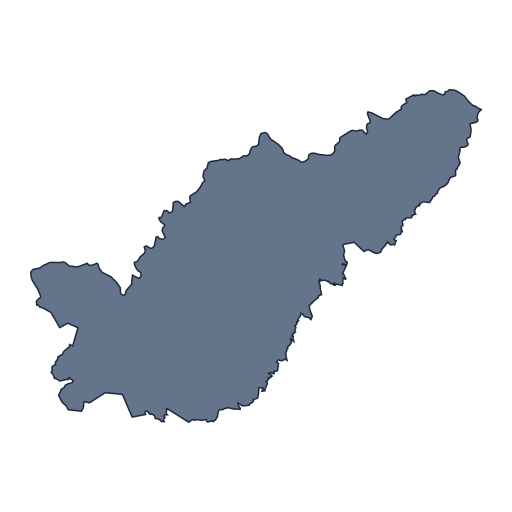 the district of Xicotepec, Puebla, Mexico
{"feature_id": "50627088B85126164894992", "entity_name": "Xicotepec", "entity_type": "district", "adm_level": 2, "iso_a3": "MEX", "parent_name": "Mexico", "parent_adm1": "Puebla", "projection": "orthographic", "projection_center": [-97.909, 20.332], "detail": "fine", "context": "isolated", "style": "filled", "palette": "slate", "viewbox_px": 512, "rotation_deg": 0, "n_neighbors": 0, "source": "geoboundaries", "source_scale": "gbopen_adm2", "svg_char_len": 6040}
<svg xmlns="http://www.w3.org/2000/svg" viewBox="0 0 512 512"><path d="M68.3,409.8L81.4,411.2L83.3,407.9L84.0,401.7L89.5,402.8L105.2,392.7L122.4,394.4L132.2,417.1L145.6,414.5L144.9,412.2L145.5,411.4L146.6,411.2L148.6,412.4L149.0,413.6L150.8,414.3L152.0,414.1L154.4,415.6L155.4,418.6L157.6,418.8L160.1,420.0L161.5,421.7L163.7,421.3L164.8,422.3L163.6,421.0L164.1,418.6L165.1,417.4L163.9,416.1L164.7,414.9L167.3,414.8L166.4,413.9L166.3,411.7L166.7,410.6L166.5,408.8L167.0,408.5L188.8,422.3L191.8,419.9L193.2,419.5L194.0,420.2L197.3,419.7L202.0,420.3L206.1,419.5L206.4,420.9L207.6,422.0L211.6,421.0L213.5,421.6L213.9,420.6L215.2,420.3L217.4,416.8L218.5,411.0L220.1,409.5L222.4,409.8L223.7,408.9L228.0,407.7L235.5,409.3L236.6,408.9L240.2,409.4L240.2,408.1L238.1,405.1L237.8,403.0L242.7,406.0L249.3,405.2L249.8,403.8L252.4,402.5L253.6,400.8L253.1,399.8L257.6,398.1L258.5,393.9L258.9,387.7L263.1,388.0L261.9,391.2L264.2,390.9L263.5,390.3L265.2,390.0L265.2,388.8L267.2,384.0L267.1,381.8L266.2,381.3L268.2,379.6L268.2,378.0L269.4,378.4L269.6,377.6L271.1,377.1L271.0,376.3L272.1,376.0L270.1,373.7L268.6,373.6L268.9,373.0L269.7,373.3L270.9,372.3L273.7,373.9L274.3,372.8L273.9,371.4L276.1,371.2L277.2,370.8L277.7,370.0L278.5,363.5L276.5,362.1L278.1,359.8L280.9,360.7L283.0,360.4L284.8,359.1L287.0,360.4L285.7,354.1L287.0,349.5L287.9,348.5L287.5,346.8L289.6,345.4L291.4,342.2L290.7,339.1L293.8,341.5L292.7,336.9L293.3,336.6L293.0,335.7L292.0,335.7L292.6,335.2L292.7,333.5L294.1,333.4L294.3,332.6L295.5,331.9L294.7,330.6L295.9,327.5L294.8,326.1L296.7,324.2L296.8,321.8L297.6,322.1L298.6,320.4L297.9,319.7L298.0,319.1L300.4,316.1L300.9,313.2L303.1,314.6L304.4,316.6L308.8,317.6L311.0,319.6L312.3,316.2L309.8,309.6L309.3,306.4L310.0,304.9L314.2,300.8L318.3,297.5L318.5,295.8L321.6,294.6L320.2,288.4L320.2,285.4L318.8,281.4L319.8,279.1L320.3,279.3L320.3,280.9L320.9,280.0L322.1,280.6L325.0,280.1L327.6,281.5L328.4,281.3L328.5,282.0L329.4,281.9L330.3,283.6L332.8,284.1L334.2,283.1L334.5,284.1L333.6,284.9L334.2,285.3L335.5,285.2L335.4,283.9L342.2,285.4L343.0,283.1L342.7,280.8L343.1,278.0L345.3,279.3L345.9,278.7L343.3,273.7L342.5,273.7L346.5,265.2L342.1,264.5L342.5,263.7L346.6,264.9L347.2,263.5L347.0,261.7L345.7,261.4L344.7,259.5L343.6,255.3L344.6,250.6L342.7,245.0L344.4,244.2L354.2,242.3L363.9,251.5L368.0,249.6L374.7,253.0L377.3,253.5L380.7,252.2L382.1,249.0L386.0,244.6L386.2,243.6L387.2,243.3L387.8,241.8L390.3,244.9L394.1,244.4L394.6,244.9L396.2,240.5L394.8,240.2L393.9,239.1L394.2,238.5L395.7,237.1L396.3,235.1L400.5,234.3L401.1,231.9L402.2,231.9L402.4,231.2L401.1,229.2L401.6,228.7L401.0,227.1L403.0,225.5L402.1,221.2L404.8,219.3L405.5,219.5L406.2,217.8L411.5,217.8L412.1,215.5L412.7,215.7L413.8,214.6L415.7,214.2L414.6,211.6L415.4,208.4L417.3,206.1L419.4,205.8L420.2,203.9L419.6,203.9L419.9,203.6L423.7,201.7L429.0,202.6L429.9,202.2L433.2,196.6L434.8,196.0L436.0,194.0L437.4,193.2L437.8,191.0L440.1,187.9L444.0,186.4L446.6,184.3L447.6,183.3L450.2,177.6L455.6,175.7L455.6,170.1L457.3,168.7L457.8,166.6L459.2,165.0L460.1,162.8L458.3,157.5L459.9,151.2L459.9,148.4L461.1,147.2L464.0,147.3L467.9,145.3L468.0,143.8L466.6,139.9L467.4,138.3L469.6,137.4L470.3,136.2L471.1,130.2L470.1,123.9L472.5,122.8L473.0,123.2L475.4,122.5L477.6,121.3L477.8,119.7L477.1,118.5L477.5,114.6L479.0,111.7L481.3,109.7L481.0,109.2L479.8,109.1L474.7,105.9L473.4,105.8L469.6,102.7L464.4,96.1L457.9,91.7L454.4,90.1L449.2,89.7L448.1,91.1L445.3,91.8L444.3,94.5L442.6,94.8L439.1,93.7L434.0,90.8L429.8,90.7L425.2,94.6L421.3,94.3L419.5,95.3L416.2,95.1L415.9,95.8L414.5,95.9L413.9,95.2L414.6,94.5L405.8,99.1L406.8,102.6L402.0,105.6L401.0,107.6L401.5,109.2L399.2,110.2L397.9,111.6L396.6,111.8L389.2,118.7L387.7,119.2L382.5,118.4L371.8,112.9L368.0,111.9L367.5,112.5L367.6,114.2L370.3,121.4L369.6,123.1L367.8,123.5L366.7,125.2L366.5,128.0L367.7,131.7L366.2,134.2L362.2,130.1L359.3,130.2L356.1,131.3L353.4,130.4L351.0,130.7L340.0,137.6L339.5,141.8L335.4,145.2L334.7,146.8L334.7,151.2L332.6,154.0L329.9,155.2L327.3,155.4L318.9,154.4L314.0,153.1L311.6,153.3L310.0,153.9L308.7,155.2L308.1,159.2L304.2,161.7L301.2,162.3L298.9,160.4L293.7,158.1L291.9,157.9L290.5,156.3L285.1,154.0L283.4,152.0L283.1,150.1L281.5,147.5L278.2,144.3L270.7,139.1L267.0,133.3L264.8,132.6L261.0,133.5L259.4,137.1L258.5,144.4L256.6,146.1L253.2,146.6L251.8,147.4L250.1,150.6L249.7,153.2L247.7,155.4L245.9,156.1L243.9,155.7L239.3,158.7L233.3,159.2L231.1,158.8L228.4,160.6L224.8,159.2L222.1,159.7L220.6,159.3L218.5,160.4L211.5,161.3L208.4,162.5L206.9,168.1L204.3,170.5L203.7,172.0L203.0,176.2L204.8,180.4L202.6,182.7L200.0,187.6L196.5,191.9L190.6,195.6L189.7,196.8L190.4,202.4L186.2,203.9L184.3,206.6L178.2,201.3L175.0,201.5L173.2,202.7L172.8,210.0L171.7,212.1L169.5,212.9L166.9,210.6L164.1,210.7L161.2,217.6L159.2,217.4L158.9,218.9L160.6,221.6L164.6,224.8L164.5,226.0L163.1,227.4L162.1,230.5L165.2,237.5L162.6,239.5L159.2,238.5L157.9,236.5L156.1,237.0L154.3,246.2L151.9,248.2L150.2,248.2L146.4,245.9L144.2,246.8L145.3,250.6L144.6,253.0L139.9,257.1L139.3,258.7L136.6,261.9L134.7,262.2L134.3,263.1L134.8,265.5L136.3,268.5L138.1,270.8L140.9,272.6L140.9,276.2L138.9,278.5L132.5,275.1L131.5,284.5L126.8,289.7L125.7,291.6L125.5,293.8L124.4,295.2L122.4,295.0L121.1,294.0L120.5,292.6L120.3,287.8L116.8,282.6L110.9,276.7L102.4,272.5L99.4,268.6L97.8,263.8L97.0,263.2L92.8,265.0L89.1,265.4L87.2,263.3L79.3,266.3L75.3,267.0L72.1,266.1L69.5,266.2L65.4,262.7L63.1,261.9L60.6,262.5L50.1,262.4L43.2,265.5L39.6,268.1L33.9,269.1L32.5,269.9L30.7,272.4L31.1,276.7L32.2,280.2L38.3,290.2L40.6,296.2L40.5,297.5L38.7,298.6L36.4,301.3L36.7,305.0L38.3,305.2L39.9,307.1L43.0,308.0L51.1,312.6L59.7,327.6L67.7,323.2L77.9,327.7L72.7,346.0L69.8,344.5L68.9,347.2L63.9,351.3L62.2,354.7L60.2,355.4L57.8,357.1L57.5,359.3L55.3,362.3L55.7,363.9L51.9,366.9L52.1,370.7L51.1,372.3L53.2,374.7L54.4,378.3L57.4,379.3L59.6,381.0L66.7,379.4L68.3,379.6L68.7,377.7L69.6,377.5L70.0,378.8L73.2,380.5L72.1,382.7L68.2,383.7L65.3,385.2L64.2,387.4L60.9,389.7L60.6,391.4L58.5,395.3L62.3,402.5L66.2,405.8L68.3,409.8Z" fill="#64748b" stroke="#1e293b" stroke-width="1.5"/></svg>